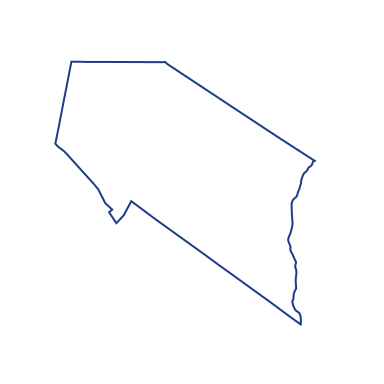 the district of General San Martín, Buenos Aires, Argentina, rotated 170°
{"feature_id": "61730980B46018574851610", "entity_name": "General San Martín", "entity_type": "district", "adm_level": 2, "iso_a3": "ARG", "parent_name": "Argentina", "parent_adm1": "Buenos Aires", "projection": "robinson", "projection_center": [-58.585, -34.544], "detail": "fine", "context": "isolated", "style": "outline", "palette": "blue", "viewbox_px": 384, "rotation_deg": 170, "n_neighbors": 0, "source": "geoboundaries", "source_scale": "gbopen_adm2", "svg_char_len": 1642}
<svg xmlns="http://www.w3.org/2000/svg" viewBox="0 0 384 384"><g transform="rotate(170 192 192)"><path d="M216.2,154.6L192.3,130.1L181.5,118.8L133.7,69.6L117.4,52.4L108.0,42.7L107.6,43.6L107.4,45.0L107.0,47.5L106.8,49.2L106.7,50.1L106.9,52.5L107.1,53.5L107.5,54.3L107.9,54.8L110.1,57.0L111.1,58.7L111.5,60.7L112.1,62.5L112.3,66.9L111.3,68.0L110.6,69.5L110.4,70.4L109.5,73.8L109.1,74.7L108.1,76.4L106.2,78.9L106.0,79.7L106.0,81.6L105.6,83.0L105.5,85.8L104.9,88.4L104.6,89.3L103.5,93.4L103.1,94.5L102.9,96.5L103.0,97.7L103.3,99.6L103.3,100.5L102.9,102.1L102.5,102.8L101.7,105.0L102.4,107.3L102.9,109.2L104.0,113.6L104.7,115.5L104.9,116.5L105.1,117.1L105.2,118.2L104.6,120.4L104.7,122.5L105.1,123.8L105.7,127.0L105.6,127.9L105.4,129.2L104.2,131.3L103.2,132.9L102.2,134.3L100.4,138.2L99.6,140.1L98.9,141.8L98.3,144.1L98.2,145.8L98.1,147.4L97.7,150.2L97.3,154.4L96.7,158.3L96.3,161.0L96.0,163.0L94.3,166.3L92.7,167.6L90.1,169.1L88.8,170.8L88.2,172.4L86.9,174.8L85.9,176.0L84.6,178.9L83.5,180.9L82.8,182.9L82.4,184.7L80.2,188.5L78.9,190.5L78.0,191.2L76.3,192.2L75.6,192.7L74.6,193.6L73.8,194.7L73.0,195.8L71.6,196.4L71.0,196.6L70.0,197.3L68.8,198.4L68.0,200.2L67.6,200.9L65.8,201.4L96.4,229.8L130.6,262.1L192.1,320.4L193.0,321.2L194.6,323.0L196.0,324.9L197.0,324.7L259.0,335.9L274.3,338.6L277.6,339.3L287.7,341.2L288.1,341.3L291.6,332.2L305.2,296.9L308.0,289.6L312.3,278.3L318.2,263.3L316.0,259.9L310.6,254.0L307.5,249.2L307.3,248.9L296.7,231.9L288.1,218.3L283.9,211.0L279.3,196.0L273.6,188.5L277.2,186.5L271.9,174.4L263.3,180.9L262.9,181.4L253.4,193.5L233.6,172.5L227.8,166.5L216.2,154.6Z" fill="none" stroke="#1e3a8a" stroke-width="2"/></g></svg>